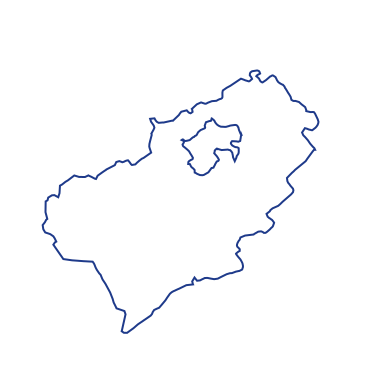 El Mahalla El Kobra, Al Gharbiyah, Egypt (Robinson projection), rotated 229°
{"feature_id": "37247803B79184551516010", "entity_name": "El Mahalla El Kobra", "entity_type": "district", "adm_level": 2, "iso_a3": "EGY", "parent_name": "Egypt", "parent_adm1": "Al Gharbiyah", "projection": "robinson", "projection_center": [31.14, 31.018], "detail": "fine", "context": "isolated", "style": "outline", "palette": "blue", "viewbox_px": 384, "rotation_deg": 229, "n_neighbors": 0, "source": "geoboundaries", "source_scale": "gbopen_adm2", "svg_char_len": 6103}
<svg xmlns="http://www.w3.org/2000/svg" viewBox="0 0 384 384"><g transform="rotate(229 192 192)"><path d="M133.1,47.6L130.5,48.2L128.3,50.6L127.6,58.6L127.6,64.3L125.8,79.8L126.2,81.9L127.1,83.5L127.8,86.0L127.0,88.9L126.2,91.3L127.1,97.2L127.7,100.9L128.6,104.0L129.7,108.6L129.7,110.9L129.6,111.3L129.3,112.9L128.8,114.4L128.6,115.2L127.9,117.6L127.5,118.8L125.4,126.6L121.6,132.1L121.9,132.2L123.2,132.9L124.4,133.5L125.8,137.8L124.2,137.7L121.7,137.6L120.0,140.1L119.9,140.5L119.5,142.3L119.3,142.9L118.7,145.2L117.2,147.1L116.9,147.4L114.4,149.3L111.7,151.5L109.7,154.6L108.8,158.3L107.2,164.3L107.0,164.7L105.8,167.4L104.6,168.9L103.1,172.9L102.0,174.9L101.3,176.1L100.6,179.0L102.0,181.3L103.1,182.2L105.1,183.3L106.9,183.8L109.4,184.3L112.6,184.3L116.0,184.5L116.6,184.8L116.6,187.3L116.4,188.6L116.2,189.3L117.5,190.5L118.9,190.5L120.9,190.3L122.0,190.7L122.9,191.6L123.8,193.2L124.5,195.3L124.7,196.7L125.9,198.7L124.3,203.5L121.6,207.5L119.5,210.6L119.5,211.5L118.6,216.0L117.0,218.3L116.1,218.8L115.2,219.2L114.0,219.4L113.4,220.1L112.9,220.8L112.7,222.6L112.7,226.3L112.9,227.9L112.9,229.7L113.1,230.6L114.9,233.8L116.3,234.0L118.5,234.1L119.4,233.8L120.5,233.6L121.7,233.2L123.7,232.9L126.6,233.9L126.4,238.0L126.9,239.3L126.8,242.1L125.0,248.0L125.0,250.7L125.2,253.9L125.2,259.2L125.2,261.0L125.2,265.3L125.6,268.1L126.8,269.7L128.3,270.4L132.2,270.4L134.0,270.6L135.8,270.6L137.6,271.1L140.3,272.9L140.9,280.0L140.9,282.3L141.1,284.3L140.7,298.0L141.5,301.0L143.5,309.9L143.8,311.7L143.1,312.6L144.9,313.1L146.9,312.9L151.0,312.9L155.0,313.4L159.1,313.4L161.8,313.2L164.7,314.1L166.1,319.1L164.3,320.3L162.5,321.2L161.3,322.1L160.2,322.8L159.7,323.4L159.7,323.9L159.5,327.3L159.7,328.9L160.2,330.8L161.1,332.4L162.0,333.5L164.4,334.6L170.5,336.3L172.3,336.4L173.0,335.8L174.6,333.8L177.8,331.5L178.2,331.3L178.9,332.0L181.8,333.1L183.9,332.7L186.3,332.2L189.7,331.8L192.9,329.8L193.6,328.9L194.3,328.2L196.3,327.5L199.2,328.9L201.9,329.4L203.7,329.6L206.4,330.1L208.9,330.5L209.6,330.5L210.9,331.0L211.4,331.0L213.2,331.0L213.4,330.8L215.2,330.1L216.1,329.7L216.6,329.7L217.3,329.4L219.0,329.2L219.5,329.4L220.4,329.4L222.0,329.9L224.0,330.4L225.8,329.9L227.0,329.5L227.4,328.8L227.7,327.2L227.9,326.8L227.9,321.3L228.4,317.2L228.6,316.9L230.4,316.3L231.8,316.5L233.6,317.0L235.6,316.8L237.2,316.5L237.4,317.2L237.2,319.0L236.9,320.0L236.7,321.1L238.5,321.8L239.6,321.8L241.0,320.9L243.7,316.6L243.9,314.7L243.5,313.6L242.2,312.2L239.7,312.0L238.5,311.7L237.9,311.5L237.9,308.1L238.3,307.4L240.4,306.1L241.1,305.6L242.9,304.7L245.4,303.3L247.0,290.6L247.9,286.5L248.4,281.9L247.9,281.2L247.0,280.1L243.7,277.3L243.2,276.4L243.2,275.7L243.4,274.8L243.9,273.9L244.4,272.3L244.8,270.3L245.3,269.6L246.7,267.7L247.5,266.6L248.9,262.8L249.4,260.7L250.0,259.8L252.3,258.4L253.0,258.0L253.4,257.8L253.7,257.5L255.0,253.2L254.8,246.4L254.4,246.4L252.1,245.0L252.2,243.2L252.4,242.5L253.7,241.8L255.1,241.6L256.7,241.6L257.1,241.6L259.6,236.6L259.2,234.3L258.7,232.7L258.3,224.3L258.8,224.0L259.5,222.7L263.1,216.1L263.6,215.6L266.1,212.2L267.2,211.8L268.1,211.5L269.9,211.5L271.7,211.9L272.2,212.0L274.7,208.4L271.9,207.2L269.9,207.0L267.2,206.7L265.2,205.8L264.3,204.0L262.7,199.6L262.3,199.6L261.4,198.9L258.0,193.9L256.2,191.4L254.4,189.6L253.1,188.9L248.5,187.0L249.5,177.7L250.0,176.1L250.2,173.1L250.2,169.4L250.0,167.4L251.8,164.4L252.9,164.2L255.9,164.5L257.9,164.5L258.1,164.2L258.8,162.9L259.3,161.3L259.5,160.4L260.2,158.9L260.9,158.6L263.0,157.4L264.3,154.5L262.9,151.4L265.2,142.0L265.1,141.2L265.3,140.5L265.7,137.0L266.2,131.5L264.8,128.1L265.8,127.4L269.5,126.0L272.1,124.8L272.5,124.7L273.5,121.1L275.2,119.2L277.4,116.7L281.7,114.0L282.2,105.9L282.7,103.2L282.9,98.8L283.4,96.5L278.0,91.2L275.8,87.6L279.9,86.1L281.4,84.1L282.1,79.8L280.5,77.5L280.9,75.4L272.9,68.2L266.6,65.1L266.7,63.7L265.7,61.2L265.0,57.6L261.7,55.5L261.3,55.3L257.8,54.7L257.4,54.9L254.9,56.4L253.1,57.4L249.5,58.3L248.7,58.2L248.4,58.1L247.3,58.0L243.6,57.0L243.9,55.5L243.2,52.8L225.8,50.9L219.2,56.6L211.0,64.7L204.6,71.3L202.4,71.1L201.0,70.7L198.8,69.9L197.8,69.6L195.6,69.1L191.4,68.6L189.5,68.7L185.6,67.4L184.6,67.1L180.7,66.6L179.3,66.4L169.9,64.3L163.4,62.0L160.0,60.4L155.0,59.1L153.7,58.7L153.2,59.0L146.5,62.9L143.3,61.6L133.6,48.4L133.1,47.6ZM218.8,260.5L218.3,261.6L217.6,263.0L217.2,264.1L216.5,265.3L214.5,268.3L214.2,268.7L213.3,269.4L212.6,269.6L211.7,269.6L211.1,269.4L210.4,269.4L208.1,268.2L204.5,267.0L204.5,267.5L202.3,266.7L202.3,265.9L201.6,265.0L200.9,264.3L200.0,263.1L199.4,262.5L198.9,261.8L199.6,259.9L201.0,258.8L204.1,255.6L203.7,253.8L203.0,253.1L200.8,252.9L198.7,253.6L197.4,254.2L196.7,254.9L195.8,255.6L194.6,256.0L194.2,255.8L194.0,255.6L191.5,253.5L190.8,252.6L190.6,252.4L190.4,251.9L189.7,249.2L188.8,248.0L187.2,244.5L191.3,245.8L193.3,247.1L194.0,247.4L195.1,248.1L196.5,248.3L198.5,248.3L199.0,247.8L199.6,247.4L200.5,246.9L204.2,241.9L206.2,240.6L207.3,239.9L207.8,239.7L207.8,239.2L208.5,239.0L208.5,237.2L208.3,236.3L207.6,235.6L206.7,234.2L206.2,234.2L202.6,234.2L200.4,233.9L198.8,233.5L198.3,232.8L198.3,231.9L198.8,230.7L197.7,227.5L197.2,226.6L196.8,225.2L196.3,224.3L196.6,223.4L197.0,223.0L197.3,222.5L196.1,217.3L197.1,212.2L197.8,210.9L199.6,209.1L202.5,207.7L203.9,207.3L204.9,206.8L206.9,208.4L208.4,208.4L210.0,208.2L210.6,208.0L211.8,208.0L213.3,208.4L214.5,208.7L215.6,207.5L217.0,208.9L217.2,209.6L217.2,210.5L216.9,212.3L216.7,212.8L216.5,213.7L216.5,214.2L217.2,215.1L219.6,215.6L222.3,216.0L224.6,216.5L226.9,216.3L230.3,215.8L232.1,215.4L232.5,215.4L233.2,215.6L233.6,215.9L234.1,216.1L234.3,217.2L234.8,218.4L235.2,219.1L235.7,219.3L238.0,218.3L237.9,219.3L237.3,219.8L235.2,220.0L234.1,221.6L232.7,224.3L232.7,228.4L232.2,229.8L232.4,230.7L232.0,232.1L232.0,233.0L232.9,235.3L233.1,235.9L233.1,239.1L231.7,243.5L232.2,244.4L233.1,244.8L233.7,245.1L235.5,248.3L234.2,251.5L233.5,252.6L233.3,253.1L234.6,255.1L234.2,255.3L233.2,255.3L232.6,255.6L232.1,255.6L230.8,255.6L229.9,255.3L228.5,255.1L226.7,255.1L225.6,255.3L224.2,255.7L222.4,256.6L220.4,258.7L219.7,259.4L218.8,260.5Z" fill="none" stroke="#1e3a8a" stroke-width="2"/></g></svg>